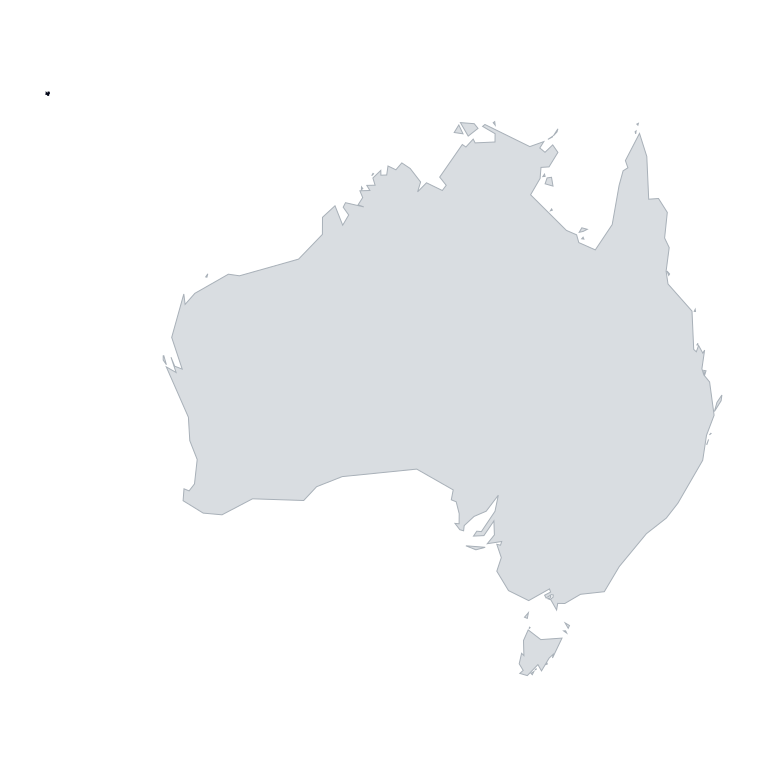 Christmas Island, Australia (highlighted)
{"feature_id": "25037944B52215188187413", "entity_name": "Christmas Island", "entity_type": "district", "adm_level": 2, "iso_a3": "AUS", "parent_name": "Australia", "parent_adm1": "", "projection": "orthographic", "projection_center": [105.63, -10.491], "detail": "medium", "context": "in_parent", "style": "filled", "palette": "ink", "viewbox_px": 768, "rotation_deg": 0, "n_neighbors": 0, "source": "geoboundaries", "source_scale": "gbopen_adm2", "svg_char_len": 4368}
<svg xmlns="http://www.w3.org/2000/svg" viewBox="0 0 768 768"><path d="M646.8,156.5L648.7,199.2L658.5,198.5L667.3,212.4L664.6,238.0L669.2,247.6L666.1,271.2L668.0,284.0L692.0,311.1L693.7,349.4L696.3,351.8L698.6,345.5L702.8,353.1L704.6,350.1L701.9,368.8L703.8,374.9L709.6,382.0L714.1,415.2L706.5,435.3L702.7,460.3L677.9,503.2L666.3,518.1L646.4,533.7L619.3,566.5L604.3,591.7L580.5,594.3L564.8,603.5L557.7,603.4L556.6,610.0L550.5,599.2L553.0,597.3L553.3,595.0L551.4,594.6L546.1,598.0L544.6,595.2L550.6,592.1L549.5,588.9L528.7,600.6L508.5,590.6L496.8,571.2L501.3,557.6L496.8,544.3L500.5,545.2L501.7,541.5L487.3,543.7L494.4,534.9L493.9,520.9L483.9,535.6L473.5,536.1L476.8,531.2L481.4,531.6L495.0,511.3L498.3,495.2L486.2,511.2L474.1,516.4L464.2,525.6L463.6,530.8L459.8,529.7L455.0,523.4L459.1,523.8L459.2,513.7L456.2,501.8L451.3,499.8L453.2,489.9L416.7,469.1L342.2,476.6L316.6,486.7L303.7,500.5L252.5,498.8L222.0,514.8L203.2,513.1L183.1,500.7L184.0,488.8L189.1,490.9L194.5,483.9L197.2,459.5L189.8,440.7L188.4,417.2L166.3,366.9L176.1,372.5L171.0,357.2L174.7,366.2L182.2,369.1L171.7,337.4L183.8,294.0L185.1,304.4L194.9,293.3L228.4,274.2L239.5,275.8L298.6,259.1L322.4,234.4L322.5,217.3L335.0,205.8L342.7,225.2L348.7,215.0L343.2,207.2L345.5,202.7L363.8,206.9L358.1,204.8L362.7,197.6L359.9,190.8L369.9,190.5L366.8,185.4L375.1,185.2L372.9,178.0L380.8,170.4L380.9,175.2L386.7,175.0L388.0,166.0L395.9,169.8L401.8,162.9L410.2,168.5L420.6,182.0L417.6,191.9L426.5,182.8L442.3,190.5L446.2,185.3L439.7,177.1L462.3,144.5L465.9,147.0L473.2,139.1L475.1,142.9L495.0,142.0L495.1,133.7L482.6,126.4L484.9,124.5L529.8,146.6L543.8,141.6L539.8,148.0L545.0,152.3L552.7,144.9L557.9,152.4L549.0,166.9L541.0,167.4L540.1,178.4L530.6,194.8L566.4,230.4L576.6,234.8L578.8,242.6L595.3,249.9L612.2,224.6L619.1,185.4L623.1,170.8L627.9,167.8L625.4,160.6L639.5,133.4L646.8,156.5ZM528.2,629.9L540.8,639.6L562.0,638.1L552.5,658.0L553.2,654.3L549.1,658.1L541.5,670.9L537.9,664.6L527.3,675.6L519.8,673.4L523.2,670.4L519.2,663.8L521.6,653.3L523.9,655.6L523.5,640.5L528.2,629.9ZM460.4,122.6L474.2,123.7L478.0,128.4L468.2,136.1L460.4,122.6ZM465.9,545.8L485.2,547.3L475.9,549.8L465.9,545.8ZM551.5,177.3L553.0,186.1L545.1,183.8L547.1,177.9L551.5,177.3ZM714.4,411.5L717.0,402.3L721.9,395.0L721.1,400.8L714.4,411.5ZM565.1,622.9L569.5,625.5L568.2,628.3L565.1,622.9ZM458.8,125.0L463.0,133.8L454.2,132.5L458.8,125.0ZM527.3,618.4L524.5,617.2L528.4,612.7L527.3,618.4ZM587.3,229.3L583.2,231.4L579.2,232.3L581.8,227.8L587.3,229.3ZM166.4,364.7L163.2,360.1L163.2,355.8L163.8,355.7L166.4,364.7ZM565.6,630.8L566.7,633.1L563.6,630.9L565.6,630.8ZM703.7,370.4L706.0,370.8L704.7,374.9L703.7,370.4ZM667.0,271.0L669.6,274.0L668.7,275.4L667.0,271.0ZM533.9,671.5L532.3,674.7L531.0,673.4L533.9,671.5ZM708.6,439.4L706.9,444.4L706.7,444.3L708.6,439.4ZM495.2,125.2L493.2,122.7L494.7,121.6L495.2,125.2ZM557.0,131.9L553.4,135.8L557.9,128.8L557.0,131.9ZM711.1,433.5L709.4,434.9L710.8,433.3L711.1,433.5ZM552.3,210.2L550.4,210.8L551.6,208.9L552.3,210.2ZM545.1,176.4L542.8,176.6L544.5,174.1L545.1,176.4ZM207.8,273.8L206.9,277.2L205.7,276.9L207.8,273.8ZM636.1,130.9L635.7,133.9L635.1,131.7L636.1,130.9ZM550.9,595.8L550.6,597.4L550.2,596.9L550.9,595.8ZM552.4,137.0L547.9,139.4L552.7,136.2L552.4,137.0ZM373.6,173.8L371.7,175.7L373.0,173.4L373.6,173.8ZM536.2,669.4L534.9,669.9L536.1,668.8L536.2,669.4ZM583.9,239.1L581.7,238.8L583.1,237.2L583.9,239.1ZM362.8,188.6L361.4,189.6L361.5,186.9L362.8,188.6ZM547.3,664.0L545.5,664.7L546.9,663.0L547.3,664.0ZM638.4,123.3L637.9,125.2L636.8,124.1L638.4,123.3ZM549.1,597.8L549.9,599.5L547.7,598.7L549.1,597.8ZM695.5,311.5L694.2,311.4L695.2,309.3L695.5,311.5ZM697.6,345.0L696.9,344.9L697.9,343.2L697.6,345.0ZM530.1,627.6L529.1,628.7L529.5,627.2L530.1,627.6Z" fill="#d9dde1" stroke="#a8b0b8" stroke-width="1"/><path d="M48.5,92.4L48.5,92.5L48.4,92.7L48.3,92.8L48.1,93.0L47.9,93.1L47.7,93.2L47.5,93.3L47.4,93.3L47.2,93.3L46.9,93.3L46.8,93.2L46.7,93.2L46.4,92.9L46.4,93.0L46.4,93.3L46.5,93.3L46.5,93.5L46.4,93.6L46.4,93.8L46.2,93.9L46.1,94.1L46.3,94.2L46.5,94.0L46.8,94.0L47.0,94.0L47.3,94.1L47.5,94.2L47.7,94.3L47.8,94.3L47.8,94.5L47.9,94.9L47.9,95.1L48.0,95.1L48.4,95.1L48.4,94.9L48.4,94.7L48.5,94.4L48.6,94.2L48.6,93.9L48.7,93.7L48.8,93.6L49.0,93.5L49.0,93.4L49.0,93.5L49.1,93.4L49.0,93.2L49.1,92.9L49.0,92.7L49.0,92.4L48.9,92.4L48.7,92.5L48.5,92.4L48.5,92.4Z" fill="#0f172a" stroke="#020617" stroke-width="1.5"/></svg>